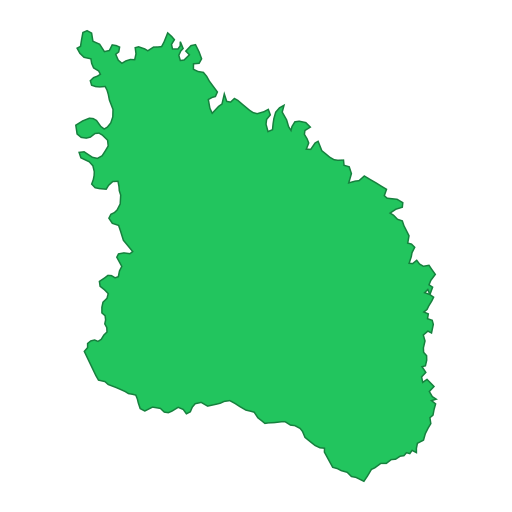 outline of Santo Antônio da Platina, Paraná, Brazil
{"feature_id": "56859067B54951123385144", "entity_name": "Santo Antônio da Platina", "entity_type": "district", "adm_level": 2, "iso_a3": "BRA", "parent_name": "Brazil", "parent_adm1": "Paraná", "projection": "natural_earth1", "projection_center": [-50.102, -23.287], "detail": "fine", "context": "isolated", "style": "filled", "palette": "green", "viewbox_px": 512, "rotation_deg": 0, "n_neighbors": 0, "source": "geoboundaries", "source_scale": "gbopen_adm2", "svg_char_len": 4462}
<svg xmlns="http://www.w3.org/2000/svg" viewBox="0 0 512 512"><path d="M84.3,351.4L95.9,375.6L98.5,380.1L105.0,381.6L108.2,384.5L116.1,387.5L119.8,389.1L125.1,391.5L128.5,393.6L132.2,394.2L135.8,395.1L137.4,399.1L138.3,402.9L140.2,408.6L144.8,411.0L152.5,407.1L156.2,407.7L160.4,408.4L164.3,412.1L168.3,412.7L171.8,411.2L178.2,407.3L183.3,409.5L186.4,413.8L190.3,411.8L192.3,407.1L195.2,403.7L201.2,402.4L207.6,406.1L216.7,404.1L220.3,403.2L224.2,401.4L229.8,400.6L235.1,403.5L239.7,406.5L245.9,410.1L250.6,411.2L254.2,412.2L257.9,417.8L262.0,421.0L264.9,423.4L268.3,422.9L274.4,422.6L281.8,421.7L285.1,421.7L290.5,425.1L294.8,425.6L300.1,428.4L302.5,431.4L305.0,437.4L311.4,442.6L315.1,445.5L320.0,447.8L324.5,448.2L324.4,452.1L332.7,467.3L337.4,468.6L341.2,470.6L347.2,472.3L351.4,476.5L356.0,477.4L363.9,481.3L367.4,476.1L371.4,469.4L374.8,467.8L380.8,463.4L386.3,463.4L391.2,459.6L395.6,459.2L400.1,456.2L403.9,455.7L406.5,452.7L409.8,453.6L412.1,450.4L416.4,452.6L416.4,448.3L417.4,443.3L423.5,440.1L425.3,433.7L428.1,428.1L430.8,423.6L429.9,417.7L433.0,415.1L434.0,409.7L435.6,403.9L431.5,400.6L436.2,399.2L432.3,396.6L429.3,391.5L434.0,386.5L429.7,382.1L427.0,379.4L422.7,382.4L421.6,376.9L425.8,372.4L422.0,366.7L425.4,365.8L426.7,360.2L426.6,355.7L423.6,352.3L423.4,347.8L425.0,341.0L423.3,335.0L427.9,331.1L431.5,333.0L433.3,324.4L432.2,320.3L427.5,318.7L428.3,313.9L423.8,312.0L427.0,309.5L428.7,306.0L431.7,301.1L433.6,297.2L429.9,294.6L432.6,287.2L429.0,284.8L430.8,280.4L435.3,274.4L431.3,268.8L429.0,265.3L423.4,266.3L419.5,264.0L416.7,260.3L412.7,263.6L409.1,263.3L411.3,256.6L412.0,252.7L414.7,247.3L411.5,244.1L407.7,243.1L409.0,235.8L406.4,230.6L403.9,225.7L402.3,220.9L397.5,219.3L393.5,215.2L390.1,213.1L395.9,209.2L402.3,207.2L402.8,202.7L397.1,199.3L387.1,198.2L384.3,195.7L386.5,189.3L381.3,186.2L376.2,183.0L370.1,179.5L364.3,176.0L359.0,180.7L355.3,181.1L348.7,182.9L349.8,179.2L351.4,173.6L349.2,166.8L344.0,165.3L343.5,160.1L337.8,160.3L334.0,159.7L329.7,157.2L326.6,154.6L321.8,150.7L318.1,141.3L315.1,143.0L310.7,149.4L306.3,149.2L308.7,143.0L307.1,138.9L304.4,134.4L304.9,130.5L310.3,127.1L305.8,122.6L299.2,121.2L294.9,121.8L292.0,126.5L291.0,130.5L288.6,126.7L286.6,119.9L282.2,112.1L284.0,105.3L279.5,107.8L275.7,112.2L273.9,118.5L273.1,123.7L272.5,129.7L268.0,131.6L266.0,124.2L266.6,119.4L270.3,114.9L268.3,109.4L264.0,111.7L257.2,113.7L253.1,112.6L249.7,110.4L242.0,104.0L237.8,100.4L234.4,98.5L230.6,102.1L226.7,101.4L224.3,94.0L222.0,104.0L218.6,106.4L212.2,113.3L209.9,108.3L208.3,99.5L212.2,97.4L215.4,96.5L217.4,92.0L213.0,86.1L209.3,81.1L206.7,76.4L203.4,72.4L198.0,71.5L193.4,69.3L193.5,63.8L199.1,63.3L201.6,58.8L199.1,52.0L195.5,44.7L191.0,45.6L185.8,51.1L189.4,54.8L184.0,60.1L180.3,60.5L178.8,55.3L180.7,51.1L183.1,48.5L180.3,41.7L180.2,45.9L177.9,49.0L172.5,49.0L171.5,44.4L174.4,39.7L171.8,36.6L167.7,32.9L164.1,41.9L161.6,46.6L158.0,47.0L153.5,47.1L147.8,50.8L144.7,48.9L138.6,46.8L135.2,47.7L136.0,53.8L134.7,59.7L130.4,59.5L125.9,60.9L121.9,63.3L118.2,60.1L115.7,54.3L118.7,51.9L119.6,47.1L116.3,45.6L112.2,44.9L109.4,50.5L104.4,51.6L99.6,44.2L95.9,42.6L92.9,41.2L91.6,33.1L87.1,30.7L82.9,32.5L81.6,39.5L80.5,46.4L77.1,48.2L79.9,53.3L84.0,57.3L90.9,58.8L91.7,63.5L93.6,67.9L98.7,71.0L100.4,74.3L97.3,76.2L93.6,77.6L90.3,80.7L91.6,85.2L95.7,86.6L99.7,86.9L105.2,86.5L107.1,90.3L108.3,94.4L109.4,100.0L113.0,109.4L112.8,116.9L110.8,122.9L107.4,127.1L104.2,129.0L100.8,126.5L96.5,120.5L93.2,118.6L89.4,118.2L82.7,120.9L75.8,125.2L77.1,134.0L81.2,137.4L86.3,138.1L90.4,137.1L95.0,133.5L99.0,133.1L102.4,135.1L107.6,140.2L108.2,146.0L105.3,150.9L102.1,155.8L97.4,158.4L92.4,157.3L88.3,154.6L84.1,151.8L79.1,152.4L80.9,157.8L89.3,161.8L92.9,165.8L94.3,171.7L94.1,175.6L93.3,179.6L91.7,184.1L95.1,187.7L99.4,188.6L106.2,189.2L108.5,185.4L112.8,181.5L118.0,181.3L119.0,186.7L119.3,190.7L120.7,195.1L120.2,204.0L117.1,210.0L114.4,212.6L110.9,214.3L108.9,218.2L112.3,223.3L118.6,225.4L120.6,231.3L123.4,240.3L127.4,245.1L132.7,251.6L129.9,253.7L123.9,252.9L118.5,253.9L116.8,257.2L121.8,266.4L119.5,270.9L118.3,276.7L115.1,277.8L111.4,275.6L107.9,275.4L104.8,277.8L99.4,281.4L100.1,286.3L104.4,289.7L108.2,293.6L107.0,298.3L103.0,302.2L101.9,307.2L101.9,312.9L105.1,315.7L105.6,319.9L104.8,323.9L106.8,327.6L107.0,332.0L103.9,335.0L101.2,339.4L98.0,341.4L94.6,340.0L90.8,340.9L87.6,343.5L87.6,347.6L84.3,351.4ZM429.9,294.6L424.6,292.7L427.8,289.5L429.9,294.6Z" fill="#22c55e" stroke="#15803d" stroke-width="1.5"/></svg>